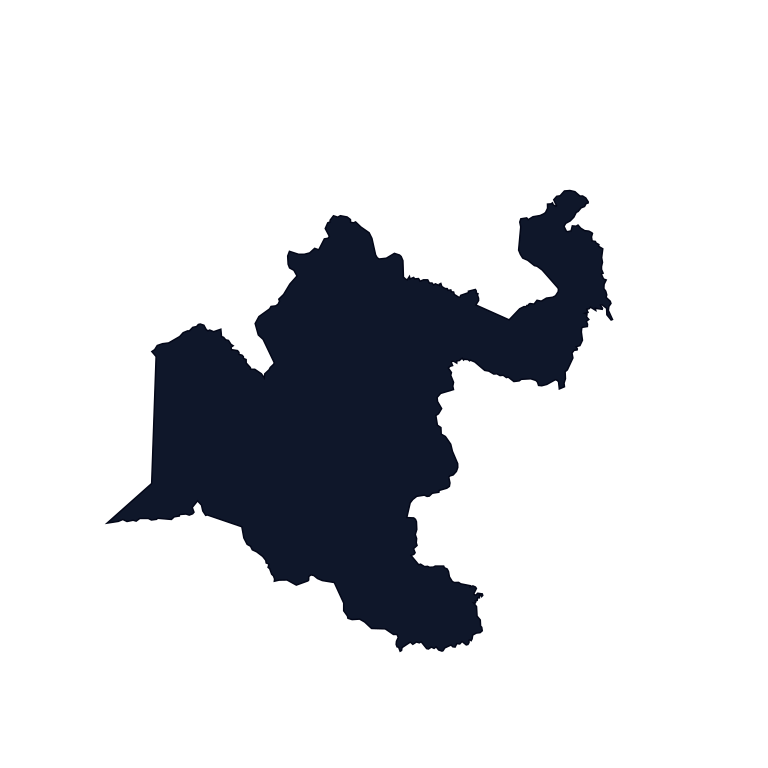 the district of Cohetzala, Puebla, Mexico, rotated 32°
{"feature_id": "50627088B88893827889923", "entity_name": "Cohetzala", "entity_type": "district", "adm_level": 2, "iso_a3": "MEX", "parent_name": "Mexico", "parent_adm1": "Puebla", "projection": "mercator", "projection_center": [-98.761, 18.209], "detail": "fine", "context": "isolated", "style": "filled", "palette": "ink", "viewbox_px": 768, "rotation_deg": 32, "n_neighbors": 0, "source": "geoboundaries", "source_scale": "gbopen_adm2", "svg_char_len": 6170}
<svg xmlns="http://www.w3.org/2000/svg" viewBox="0 0 768 768"><g transform="rotate(32 384 384)"><path d="M176.2,481.5L239.7,591.5L222.9,648.7L231.5,641.3L234.3,637.3L238.9,636.8L243.4,632.5L246.5,631.6L248.1,627.5L255.4,622.9L258.8,622.6L262.8,619.3L263.2,617.8L275.5,611.5L276.5,607.8L280.4,604.4L279.8,603.2L280.5,602.5L285.0,599.2L288.3,598.4L290.5,595.5L290.8,593.4L286.8,590.3L287.8,581.9L293.4,583.4L297.6,587.7L302.4,589.9L303.5,588.7L339.1,580.4L346.7,588.8L352.9,592.5L356.8,592.3L360.2,594.4L364.9,593.8L372.5,594.5L377.2,596.2L378.9,598.2L381.9,597.7L382.8,600.9L384.9,601.2L389.5,604.8L391.9,605.3L394.5,607.3L395.5,609.4L399.0,605.9L405.6,601.6L416.2,601.0L423.8,591.3L424.0,590.2L422.2,587.1L423.2,584.6L426.0,583.6L430.7,584.2L435.8,583.4L447.0,578.7L465.9,591.1L470.0,597.7L475.9,600.1L477.6,601.8L481.8,600.7L487.9,596.3L493.7,596.1L503.0,597.9L514.8,591.0L524.7,591.4L527.7,589.5L530.4,591.4L530.9,595.6L532.3,598.4L534.4,600.0L535.9,599.5L539.3,602.1L540.1,600.7L539.0,598.0L543.1,588.9L546.4,589.5L548.2,585.6L551.1,584.8L552.1,582.9L560.4,585.8L562.1,585.2L563.6,582.0L566.6,581.7L567.5,579.3L571.3,580.6L574.7,579.8L575.4,578.9L575.4,575.6L579.2,569.8L581.6,570.4L583.7,569.4L583.3,565.6L586.0,564.3L586.6,561.0L592.0,561.7L593.2,560.4L593.1,558.2L591.9,556.2L592.4,555.4L593.9,555.5L593.8,553.5L592.3,549.9L594.3,546.3L597.3,543.9L598.1,541.2L595.8,538.5L594.2,538.1L590.7,533.1L585.9,531.5L580.4,523.7L576.2,522.3L577.4,522.0L577.3,520.1L576.3,519.6L577.7,518.1L576.7,515.6L578.2,514.8L576.5,512.1L577.4,511.7L579.4,512.7L579.8,511.0L578.6,509.9L574.3,511.8L573.7,514.5L572.2,514.7L571.3,514.3L570.7,508.4L569.1,507.7L566.4,508.1L564.5,510.3L564.1,509.3L554.9,512.8L552.4,512.7L548.8,515.1L546.6,515.3L541.7,512.9L538.1,508.9L535.6,507.4L532.6,507.8L531.1,506.8L523.9,511.3L522.9,513.1L519.7,515.3L517.6,515.5L515.1,517.4L510.5,517.4L509.2,518.9L497.8,515.1L499.6,512.6L499.8,510.6L496.3,508.0L497.6,503.4L495.5,501.6L493.6,497.8L490.3,495.1L488.9,490.0L484.5,483.6L482.4,482.1L480.2,481.8L474.1,485.2L469.2,471.0L469.6,466.7L471.3,461.9L477.1,456.9L480.1,456.5L481.8,455.1L482.8,451.1L487.9,446.7L487.2,445.0L492.5,439.1L493.7,436.2L492.4,433.0L488.4,428.8L488.4,427.3L490.9,424.4L491.7,419.7L490.8,415.7L488.7,412.5L477.7,404.8L472.5,399.7L463.9,396.0L459.1,396.2L455.4,390.8L451.1,390.6L444.7,383.3L446.0,380.4L445.9,374.3L438.7,370.5L436.2,367.3L437.0,362.0L445.9,351.9L443.5,349.4L442.1,345.7L436.0,341.3L435.1,338.5L430.1,336.4L430.6,334.1L432.4,332.0L429.7,330.1L429.6,328.8L431.0,327.8L434.6,327.7L433.5,325.7L435.4,324.3L436.6,320.7L438.8,321.5L438.9,320.6L442.4,318.7L444.3,319.0L444.6,318.0L449.3,317.2L462.2,319.1L466.1,317.5L471.8,317.4L474.4,315.5L477.9,315.4L480.5,313.4L484.4,313.7L485.7,312.3L492.8,313.1L497.0,309.7L497.9,307.3L505.7,301.8L511.0,300.5L513.2,301.1L515.8,303.3L518.7,301.9L522.3,298.1L527.0,289.6L529.1,289.1L530.9,289.7L535.3,295.3L538.5,290.7L536.2,287.8L535.1,283.4L531.1,277.6L532.0,274.9L530.4,261.8L527.0,258.1L527.4,254.7L529.7,252.8L529.4,251.8L527.2,250.6L529.8,247.6L529.1,241.7L523.8,235.3L522.1,231.9L522.2,230.8L526.0,227.5L524.9,225.4L522.4,223.7L523.5,220.7L520.3,219.8L519.1,217.1L516.8,217.6L519.1,215.2L516.3,213.2L518.0,211.5L518.4,209.4L524.6,209.4L523.1,207.8L529.5,205.0L529.2,204.0L525.8,202.5L526.9,201.2L532.7,201.9L536.3,207.2L542.7,209.4L543.6,208.2L535.3,202.7L533.6,199.1L533.8,195.4L532.0,193.9L526.4,192.8L525.7,190.4L522.9,187.8L519.9,186.6L517.8,182.8L517.3,178.0L514.5,178.6L510.6,176.0L510.1,175.2L511.1,173.9L507.8,171.6L506.2,169.1L504.8,165.0L501.6,161.5L497.9,153.4L493.0,153.5L492.4,151.9L489.1,152.0L487.7,151.1L484.7,152.4L482.0,149.3L481.0,145.8L480.1,145.6L476.7,145.8L472.9,147.6L468.2,147.6L464.3,146.4L463.3,148.4L459.9,150.1L461.5,155.0L459.0,157.5L457.7,157.8L453.1,154.9L453.0,151.4L455.5,147.0L456.6,141.9L456.1,136.6L457.2,134.8L457.8,130.2L460.0,127.2L459.8,123.9L461.2,122.3L460.7,121.3L456.5,119.3L452.8,119.3L450.5,120.8L444.0,119.7L439.1,121.4L434.7,124.7L433.6,131.1L431.0,133.3L430.3,137.8L435.9,141.4L435.7,142.2L432.6,142.4L430.9,141.1L430.2,142.7L427.3,144.8L429.6,148.3L430.1,153.0L429.3,155.0L427.1,158.4L421.7,163.2L419.2,168.2L417.0,167.5L412.5,171.4L413.3,174.7L416.7,178.3L427.2,199.1L431.0,201.8L434.9,203.7L440.2,202.9L448.8,203.9L451.4,203.0L457.7,203.5L480.7,210.4L481.9,211.5L482.8,213.5L482.7,218.3L481.1,221.0L476.2,225.1L473.5,230.4L469.4,231.9L468.9,236.7L465.2,238.4L464.5,239.8L464.9,240.9L463.6,241.6L463.5,243.2L461.7,244.2L459.2,248.3L456.1,263.3L420.0,268.3L420.0,263.1L418.7,261.1L416.3,259.2L415.8,257.6L413.9,258.0L413.0,256.2L411.4,255.4L406.4,260.6L407.3,261.7L402.1,268.1L402.4,270.1L401.6,270.8L396.1,270.8L394.3,269.1L392.3,270.1L390.8,268.8L388.8,270.6L387.1,269.6L385.1,270.7L381.4,270.7L378.9,268.6L378.0,270.1L378.7,271.2L374.5,271.8L373.5,273.8L371.3,272.9L368.9,274.3L365.9,272.5L362.2,274.8L360.2,277.7L357.4,276.3L354.3,278.6L352.7,277.9L350.4,281.1L348.6,279.3L348.5,283.4L346.7,283.6L343.8,283.0L334.7,269.4L331.0,266.8L328.8,266.4L323.6,267.7L319.3,276.1L313.6,280.6L311.3,280.5L308.5,279.0L296.6,266.9L291.2,263.6L281.2,263.1L274.0,261.6L272.8,263.4L270.0,264.6L268.4,262.3L264.2,261.9L257.8,264.4L256.4,267.0L252.0,268.1L251.5,273.6L252.4,275.1L250.9,277.1L251.8,283.3L259.4,287.7L259.3,290.1L256.5,292.5L257.5,304.1L257.1,304.9L253.3,305.7L251.5,312.2L247.7,316.2L242.7,319.3L233.5,321.6L234.5,326.5L239.2,333.2L242.4,335.6L247.3,335.3L253.0,338.5L251.2,349.1L251.4,361.3L249.8,367.8L251.5,369.1L251.9,372.4L250.8,375.1L247.1,378.1L247.2,380.9L242.2,393.1L242.7,401.0L251.4,409.0L257.8,410.2L279.5,424.0L280.0,425.5L278.8,430.2L279.0,432.8L277.5,438.6L279.3,442.4L274.6,440.3L266.6,440.0L263.0,442.2L262.0,440.9L256.0,439.2L254.1,436.3L251.3,436.8L250.2,435.3L248.3,434.8L245.3,435.7L244.2,434.0L242.1,433.3L236.4,435.7L234.8,433.8L235.8,431.5L233.3,431.5L229.0,429.5L226.3,430.4L223.2,429.4L221.1,429.9L216.6,424.0L211.8,429.9L207.6,430.6L206.5,432.2L204.5,432.1L200.1,429.6L196.4,430.5L195.0,431.9L194.6,434.6L191.8,437.3L190.8,442.1L189.2,443.1L186.5,446.9L185.6,452.0L179.6,463.3L174.8,467.2L171.3,471.5L171.3,476.4L169.9,479.5L176.2,481.5Z" fill="#0f172a" stroke="#020617" stroke-width="1.5"/></g></svg>